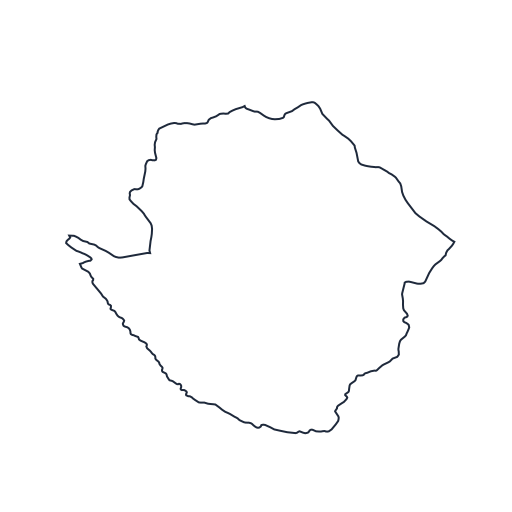 Forohem, Cova Lima, East Timor (Equal Earth projection), rotated 287°
{"feature_id": "22284137B96492698120269", "entity_name": "Forohem", "entity_type": "district", "adm_level": 2, "iso_a3": "TLS", "parent_name": "East Timor", "parent_adm1": "Cova Lima", "projection": "equal_earth", "projection_center": [125.112, -9.256], "detail": "fine", "context": "isolated", "style": "outline", "palette": "slate", "viewbox_px": 512, "rotation_deg": 287, "n_neighbors": 0, "source": "geoboundaries", "source_scale": "gbopen_adm2", "svg_char_len": 6094}
<svg xmlns="http://www.w3.org/2000/svg" viewBox="0 0 512 512"><g transform="rotate(287 256 256)"><path d="M220.9,71.4L219.4,72.9L218.0,72.4L216.7,71.5L215.0,70.6L213.8,70.5L212.8,70.7L211.6,73.2L210.2,76.8L208.6,82.1L208.4,82.9L208.4,84.7L208.2,87.4L207.9,89.2L207.8,91.3L207.5,93.1L207.1,94.9L206.2,98.0L205.5,99.3L204.7,99.8L203.1,99.0L202.4,97.4L200.9,95.0L199.7,93.5L198.6,92.5L197.0,89.9L194.0,92.4L193.2,93.3L191.9,100.1L191.2,101.4L190.6,102.3L188.9,103.6L188.2,104.3L187.6,105.1L186.6,107.0L185.2,107.3L184.3,106.9L183.4,107.1L182.5,107.5L181.6,108.4L174.8,118.8L172.5,121.5L171.2,124.9L170.2,126.2L169.2,127.3L167.9,127.9L167.0,128.6L166.6,129.5L166.5,130.9L165.9,131.9L164.2,132.3L163.3,132.2L162.6,132.6L162.3,133.8L162.1,136.6L161.4,137.8L159.9,139.3L158.5,141.0L157.8,142.5L157.5,144.1L157.5,145.6L157.1,146.8L156.4,148.0L155.7,148.8L154.4,148.8L152.6,148.4L151.6,148.8L150.5,149.8L150.2,151.0L150.2,153.9L149.6,155.7L148.6,156.9L147.2,157.9L145.4,158.6L144.7,159.2L144.3,160.9L144.5,162.0L144.2,164.0L144.1,166.9L143.0,167.9L142.0,168.5L141.4,170.1L141.1,172.3L140.9,174.4L140.5,175.9L140.0,177.0L139.2,177.6L138.2,177.7L137.4,177.6L135.9,178.9L134.4,182.3L133.6,183.6L132.7,184.8L132.0,186.0L131.6,187.7L130.9,188.7L129.9,189.3L128.6,189.7L127.8,190.5L127.1,192.0L126.5,193.6L125.7,194.6L124.7,195.1L124.2,195.7L123.3,196.8L122.6,198.3L121.9,199.2L120.9,199.5L119.7,199.4L118.7,199.7L117.9,200.6L117.5,203.3L117.2,204.4L116.5,205.1L114.8,206.1L112.7,208.5L111.9,209.6L112.0,211.9L111.9,213.1L110.6,216.9L110.4,218.0L110.6,219.0L111.3,219.7L111.3,220.8L110.7,221.8L109.8,222.5L108.6,222.8L107.2,222.7L106.4,223.1L106.1,224.2L106.5,225.4L106.8,226.6L106.5,228.0L106.0,229.2L105.3,229.7L103.3,229.5L102.4,230.0L102.1,232.2L102.5,233.7L102.1,235.9L101.4,237.2L100.6,239.5L99.3,244.0L99.5,245.4L100.7,249.5L100.7,253.3L101.2,255.9L101.8,258.8L102.1,260.6L100.4,265.4L99.1,268.5L98.0,272.1L97.7,274.9L97.3,277.4L96.0,282.5L95.7,284.4L95.3,286.1L94.7,287.1L94.2,288.4L93.9,290.2L93.5,293.1L93.6,294.2L93.6,294.7L94.5,297.8L94.6,299.9L94.3,301.2L93.3,303.2L92.6,305.0L92.2,306.6L92.3,308.1L92.9,309.3L94.3,310.4L95.9,310.6L96.8,312.2L97.1,314.2L96.7,317.2L96.4,319.7L95.5,324.1L95.9,329.5L96.6,337.3L98.2,345.7L99.0,346.9L100.4,348.0L101.1,348.9L100.8,352.6L100.9,354.9L101.7,356.4L102.4,357.4L103.6,358.0L104.8,358.3L105.7,359.0L106.3,360.2L106.3,361.5L106.1,363.0L105.9,364.7L106.5,367.3L107.1,369.4L108.1,371.3L108.7,372.9L108.6,374.3L109.0,375.7L109.6,376.9L112.3,379.0L118.3,381.5L122.2,382.8L123.9,382.7L125.5,382.4L126.7,381.7L130.5,377.1L131.2,377.1L133.9,378.0L135.1,377.7L136.3,378.0L137.0,378.4L140.3,381.1L142.1,382.7L145.6,384.4L147.2,384.7L148.1,383.9L148.5,382.9L149.1,381.9L150.0,381.8L152.9,384.1L154.2,384.3L156.1,383.9L159.4,383.4L160.7,383.5L162.2,384.5L165.2,386.9L166.6,387.5L168.0,387.4L170.1,387.5L170.9,387.8L171.6,388.5L172.2,390.7L173.0,392.7L173.8,393.7L175.2,394.2L176.0,395.1L176.9,396.6L179.3,399.5L181.1,402.9L181.3,404.2L182.1,405.0L184.8,406.5L188.3,408.7L189.5,409.8L193.0,413.6L194.3,414.8L196.4,415.9L197.8,416.6L200.8,420.5L202.1,421.0L203.5,421.4L206.4,420.4L207.7,419.7L209.0,419.3L214.0,418.6L216.6,418.6L218.3,419.1L222.5,421.9L224.0,422.6L226.0,422.7L227.8,423.0L230.4,423.3L232.5,423.4L234.7,422.2L235.3,421.1L235.9,419.2L236.1,417.1L236.8,415.9L238.2,415.4L239.1,415.5L240.6,416.2L241.3,417.4L242.3,418.4L243.3,418.5L244.9,417.3L247.4,413.3L249.0,412.1L252.4,410.8L255.9,409.8L258.3,408.8L262.0,406.9L263.2,406.7L272.7,406.2L274.0,406.0L275.2,407.1L276.2,409.6L276.4,411.9L276.7,418.3L277.1,420.0L277.7,421.7L279.0,424.2L281.0,425.3L290.4,426.6L295.9,428.1L298.4,429.0L300.4,430.0L304.8,433.3L306.4,434.3L308.4,435.0L310.8,436.2L312.0,437.1L314.3,436.9L315.8,437.1L317.5,437.5L319.0,438.4L323.0,440.3L325.1,441.0L327.6,441.5L328.1,439.1L329.2,435.9L330.4,433.1L331.2,430.6L331.8,429.0L333.4,426.2L335.0,422.5L336.7,417.7L338.9,408.8L341.6,400.6L343.6,395.9L351.0,385.6L353.5,382.5L356.9,379.2L359.9,377.0L365.1,374.5L367.6,372.7L369.0,370.5L371.8,366.9L372.4,365.7L373.7,361.8L374.2,358.9L375.0,356.9L376.9,348.5L376.8,347.1L375.9,344.4L375.7,343.2L375.0,339.8L374.5,336.2L374.3,333.8L374.3,329.9L375.1,327.7L376.3,326.1L384.0,322.0L388.5,318.9L390.4,318.0L393.5,313.3L395.2,309.9L396.7,305.2L397.2,303.2L400.0,297.2L402.9,291.5L406.8,286.3L408.0,283.8L411.3,277.9L415.6,274.3L417.6,271.9L418.8,269.5L419.6,267.6L419.8,266.3L419.5,264.6L417.5,260.7L416.2,258.6L414.6,256.3L413.5,255.0L410.5,252.6L407.6,249.9L405.1,248.1L403.5,246.0L401.7,243.6L400.8,242.6L400.0,242.2L398.9,242.0L397.0,242.0L396.0,241.4L393.9,238.3L392.3,234.1L391.7,231.2L391.6,228.1L391.9,225.0L392.6,222.3L394.0,218.1L394.5,215.8L394.3,214.4L393.7,212.4L393.7,210.8L394.0,206.8L394.1,204.3L394.4,203.1L395.0,202.1L396.1,201.3L394.5,199.7L390.5,193.7L389.3,192.3L388.2,191.0L385.9,188.7L384.1,187.7L383.2,185.6L382.7,183.1L381.7,180.7L381.1,179.6L380.0,178.8L377.9,177.0L375.8,174.3L374.7,172.6L372.5,171.0L369.6,170.6L368.8,170.1L367.8,168.6L367.2,166.6L366.3,164.3L363.6,158.8L363.4,156.7L363.3,153.8L362.9,151.2L362.2,148.8L361.2,146.8L360.4,145.6L359.6,142.5L359.7,140.8L359.3,138.9L357.7,135.8L356.0,133.3L349.5,126.2L347.7,125.7L346.1,125.6L345.0,125.9L344.2,125.5L343.1,125.3L340.8,125.8L338.8,126.6L335.3,126.2L332.7,126.6L330.5,127.5L327.6,128.2L325.3,129.2L320.5,132.1L318.8,132.2L317.9,131.2L317.3,129.0L317.2,127.2L316.2,125.3L314.8,124.2L311.7,123.8L309.9,123.8L307.2,124.8L304.5,125.4L297.0,126.1L293.7,126.6L289.5,126.9L288.4,126.5L286.8,125.3L285.7,124.2L285.0,122.9L284.4,120.1L282.5,118.0L281.8,117.5L280.4,116.8L279.0,116.9L277.4,117.7L274.9,117.9L273.2,118.5L271.9,120.3L270.0,123.6L268.7,127.2L267.6,129.4L265.4,133.7L263.6,136.5L262.8,137.3L261.4,139.0L256.6,145.6L254.6,147.3L251.5,148.7L246.6,149.9L243.4,150.4L239.5,150.8L230.1,152.5L227.8,153.9L227.1,151.1L220.5,138.2L215.7,128.9L214.9,127.0L214.3,125.1L214.1,122.1L214.3,120.1L216.1,114.3L216.9,110.8L217.8,103.8L218.2,102.3L219.3,99.9L219.6,98.0L219.2,92.9L220.1,90.7L219.8,86.2L220.4,83.5L221.4,80.8L221.9,78.1L222.1,76.0L220.9,71.4Z" fill="none" stroke="#1e293b" stroke-width="2"/></g></svg>